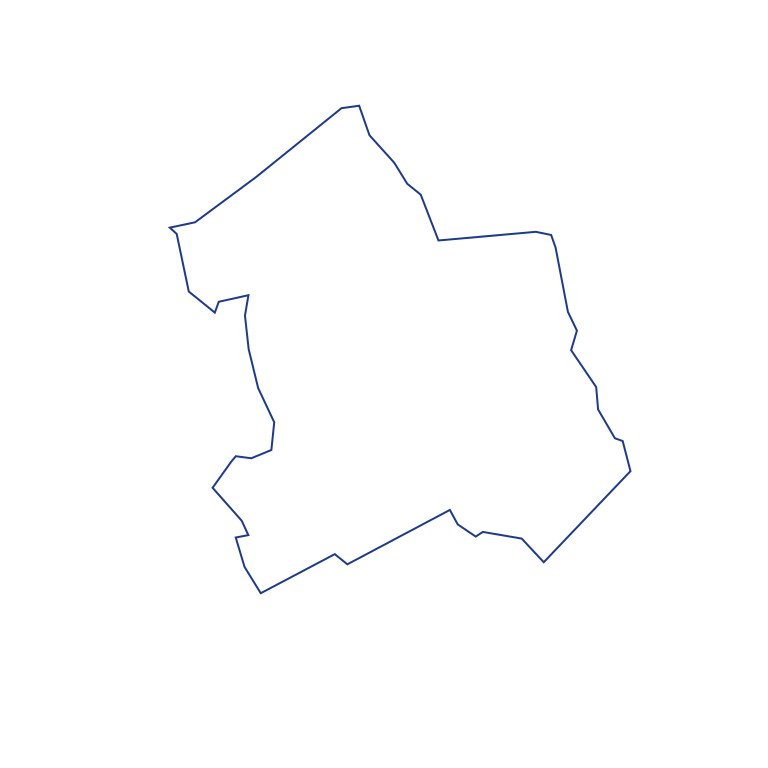 Botetourt, Virginia, United States of America (Albers equal-area conic projection), rotated 115°
{"feature_id": "52423323B68176065180378", "entity_name": "Botetourt", "entity_type": "district", "adm_level": 2, "iso_a3": "USA", "parent_name": "United States of America", "parent_adm1": "Virginia", "projection": "albers", "projection_center": [-79.803, 37.555], "detail": "fine", "context": "isolated", "style": "outline", "palette": "blue", "viewbox_px": 768, "rotation_deg": 115, "n_neighbors": 0, "source": "geoboundaries", "source_scale": "gbopen_adm2", "svg_char_len": 778}
<svg xmlns="http://www.w3.org/2000/svg" viewBox="0 0 768 768"><g transform="rotate(115 384 384)"><path d="M142.3,524.1L152.0,539.1L250.3,587.3L264.0,594.7L299.2,613.8L317.3,623.6L332.8,644.2L335.6,635.3L382.7,600.0L390.8,567.5L379.3,568.5L360.8,544.4L380.8,538.9L409.6,521.4L440.8,496.4L465.1,467.3L491.4,458.2L507.4,472.9L512.1,487.8L518.9,489.6L550.5,495.5L568.1,455.1L578.3,443.1L585.8,453.5L608.7,433.1L625.7,407.3L559.0,356.7L562.9,341.0L470.3,271.1L480.1,257.8L483.5,236.4L476.3,231.9L465.9,193.9L478.0,163.9L358.8,123.8L334.8,143.6L335.6,151.8L316.6,179.2L297.1,190.4L274.3,228.7L254.1,231.7L240.9,247.8L187.9,286.1L178.3,295.5L181.9,310.7L230.9,395.3L196.9,430.7L192.7,447.6L179.2,468.1L164.7,502.3L142.3,524.1Z" fill="none" stroke="#1e3a8a" stroke-width="2"/></g></svg>